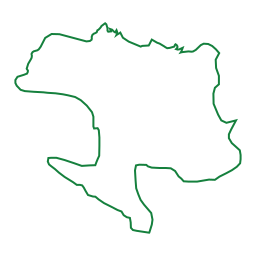 map outline of Banja Luka (Natural Earth projection)
{"feature_id": "BIH-4802", "entity_name": "Banja Luka", "entity_type": "state/province", "adm_level": 1, "iso_a3": "BIH", "parent_name": "Bosnia and Herzegovina", "parent_adm1": "", "projection": "natural_earth1", "projection_center": [17.075, 44.676], "detail": "fine", "context": "isolated", "style": "outline", "palette": "green", "viewbox_px": 256, "rotation_deg": 0, "n_neighbors": 0, "source": "natural_earth", "source_scale": "10m", "svg_char_len": 2439}
<svg xmlns="http://www.w3.org/2000/svg" viewBox="0 0 256 256"><path d="M105.1,23.3L106.3,24.3L107.4,27.9L107.5,29.2L107.5,30.7L108.2,31.7L111.0,31.4L110.7,30.2L110.1,29.0L112.1,29.7L113.8,31.5L115.2,32.4L116.5,30.2L117.0,31.5L117.2,32.5L117.1,33.6L116.5,35.0L117.3,34.4L119.5,33.2L120.3,32.6L122.9,37.7L128.7,41.6L132.3,43.1L140.7,46.6L142.2,45.9L148.7,45.5L149.2,44.7L151.8,39.6L157.1,42.7L159.6,43.6L164.1,46.3L165.4,47.2L167.2,48.2L169.7,47.9L174.2,46.6L174.5,46.1L174.9,45.0L175.5,44.3L176.5,44.9L177.3,46.1L177.5,47.0L177.1,48.0L176.1,49.1L177.8,49.6L179.4,49.3L182.7,47.8L181.4,51.4L180.7,52.5L181.7,52.2L188.5,51.4L191.5,51.7L193.0,51.5L195.8,49.9L200.8,45.1L203.7,43.7L208.2,44.0L212.2,46.0L215.9,49.3L219.2,53.1L215.7,59.7L216.1,68.0L218.9,75.8L218.9,84.3L214.9,87.8L213.4,93.6L213.6,103.8L218.1,114.6L221.3,120.4L226.4,122.8L236.0,120.4L231.2,129.4L228.9,134.3L228.9,138.2L231.8,143.1L236.5,147.3L239.8,150.3L240.6,155.0L240.6,159.2L240.1,163.3L236.8,166.8L231.9,170.2L226.3,173.2L219.5,176.6L215.1,179.7L214.8,179.8L209.0,179.6L197.1,181.6L188.5,181.6L183.7,181.3L181.3,178.6L178.6,176.4L175.1,171.0L170.8,168.3L165.9,168.0L159.5,168.0L151.7,167.6L148.0,166.4L146.3,164.9L139.3,164.7L136.0,165.4L135.0,170.4L135.6,180.7L136.2,188.3L138.3,194.3L140.6,199.9L144.0,204.6L151.2,213.0L152.5,219.7L151.8,224.6L150.6,228.5L149.3,232.6L149.2,232.7L136.6,230.8L132.9,230.0L130.9,227.8L130.7,222.4L129.9,217.9L126.8,217.2L123.7,215.2L121.5,211.5L117.5,210.0L111.0,206.6L104.0,203.1L98.6,199.4L95.4,196.7L92.9,196.5L88.0,195.0L85.5,190.8L83.8,187.6L82.2,185.4L80.1,184.9L76.8,184.9L73.1,182.2L64.7,177.0L58.9,172.6L55.0,169.1L50.8,165.9L49.0,164.4L47.8,161.5L48.4,158.0L51.1,157.8L56.4,157.8L64.5,160.0L74.1,163.2L81.8,165.9L89.4,165.4L95.3,165.2L96.4,162.2L97.8,158.8L99.2,155.8L99.4,146.0L99.4,137.4L98.8,130.2L97.6,128.2L94.1,128.5L93.4,126.5L93.4,123.6L93.4,116.7L92.0,112.2L86.8,105.6L80.8,100.2L75.1,97.0L68.0,95.3L62.9,94.3L55.5,93.3L47.6,92.8L43.3,92.3L33.8,91.8L24.8,91.1L20.6,89.8L16.7,85.7L15.4,83.0L15.4,80.0L17.5,76.8L23.9,74.8L27.0,73.6L27.8,71.9L27.9,70.5L27.1,69.4L26.7,68.7L28.2,63.8L30.9,59.2L31.6,57.8L31.9,55.8L31.6,54.6L31.6,53.7L32.6,52.1L33.8,51.3L37.4,50.3L38.8,49.3L40.7,46.7L45.2,37.9L51.6,34.0L59.4,34.2L86.4,41.4L89.9,41.0L91.6,39.7L91.8,38.4L91.7,36.9L92.4,34.9L93.8,33.7L95.3,33.1L96.7,32.3L97.4,30.3L98.5,29.7L99.9,28.3L101.0,26.9L101.4,26.1L105.1,23.3Z" fill="none" stroke="#15803d" stroke-width="2"/></svg>